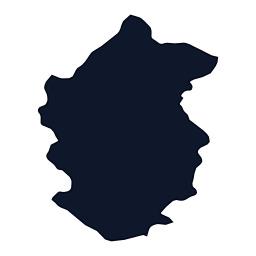 Rapti, Albers equal-area conic projection
{"feature_id": "NPL-373", "entity_name": "Rapti", "entity_type": "Administrative Zone", "adm_level": 1, "iso_a3": "NPL", "parent_name": "Nepal", "parent_adm1": "", "projection": "albers", "projection_center": [82.542, 28.326], "detail": "fine", "context": "isolated", "style": "filled", "palette": "ink", "viewbox_px": 256, "rotation_deg": 0, "n_neighbors": 0, "source": "natural_earth", "source_scale": "10m", "svg_char_len": 2301}
<svg xmlns="http://www.w3.org/2000/svg" viewBox="0 0 256 256"><path d="M146.6,235.5L143.3,234.2L124.3,239.1L111.3,240.6L105.5,238.8L97.3,230.4L85.6,224.5L67.6,209.5L61.0,206.8L58.5,205.3L55.7,202.3L52.6,199.7L52.4,199.6L53.2,197.7L57.9,193.2L58.6,192.7L59.4,192.3L60.2,192.3L63.0,192.7L64.3,192.7L67.5,192.1L69.1,191.4L70.0,190.8L70.9,189.9L71.4,189.1L71.8,188.3L71.9,187.4L72.2,183.7L72.2,180.9L71.5,178.8L70.2,176.5L63.4,170.3L62.2,169.5L60.8,169.2L59.6,169.2L58.3,168.8L57.2,167.9L54.8,164.5L53.5,163.3L48.8,159.5L47.6,158.0L47.0,156.2L47.3,154.6L49.3,151.4L51.4,145.3L59.4,141.1L56.1,135.7L54.4,131.9L51.4,128.3L42.3,124.5L41.3,122.9L41.4,116.6L40.8,114.6L40.0,113.1L39.1,112.1L38.6,110.6L38.8,109.3L39.8,107.9L41.2,107.2L45.0,105.7L45.7,105.2L46.6,104.2L47.5,102.4L48.2,100.2L48.0,96.5L47.4,93.9L45.1,88.7L44.9,87.2L45.5,84.6L46.6,82.1L52.0,75.6L58.7,78.3L60.7,78.9L62.9,79.1L69.5,78.9L73.3,76.8L76.4,70.7L77.3,69.3L78.2,68.3L80.9,66.7L82.8,65.1L85.8,61.9L91.3,53.8L93.0,52.1L101.7,46.8L118.0,33.9L119.9,31.5L121.2,28.5L121.8,26.1L123.7,21.6L130.6,15.4L139.2,18.0L141.2,19.2L143.7,21.4L149.6,27.4L150.3,28.8L150.8,31.0L150.8,33.6L150.7,35.9L150.9,37.6L151.9,39.0L158.9,43.9L161.1,44.7L163.7,44.2L165.2,43.7L167.2,43.5L174.9,44.1L184.0,43.4L186.1,43.8L189.2,44.9L211.6,56.1L217.4,57.5L216.7,62.3L215.1,65.8L210.2,72.7L202.3,76.4L194.3,78.6L190.7,80.3L189.0,81.7L189.5,82.9L191.2,85.0L191.7,86.1L191.7,87.6L191.0,89.3L189.8,89.9L188.2,89.8L186.4,90.0L184.0,91.0L181.4,93.5L180.5,95.3L180.6,96.6L182.4,98.1L178.8,103.7L179.7,105.4L181.2,106.7L183.0,110.8L184.2,112.4L186.2,114.2L187.3,115.5L188.9,120.2L202.9,131.0L206.3,134.2L208.2,136.9L209.0,141.5L207.1,143.8L200.3,147.1L198.4,148.9L197.3,150.6L197.1,152.2L197.7,153.9L200.6,157.7L201.3,159.3L201.5,161.4L200.7,162.8L199.6,164.1L195.6,167.6L193.7,173.5L193.0,178.1L191.6,183.5L192.0,186.2L193.0,187.9L194.4,188.8L195.4,189.9L195.9,190.9L196.3,192.7L195.6,193.8L194.8,194.5L189.8,196.3L185.4,199.0L183.6,199.7L181.7,200.0L179.8,199.9L176.2,199.2L172.6,200.3L165.8,206.2L160.7,211.9L160.3,212.6L160.0,213.6L161.8,215.0L168.8,218.2L172.3,221.9L165.7,224.1L158.2,223.3L155.9,223.6L153.0,224.6L151.5,225.4L150.4,226.2L149.6,227.1L148.9,228.2L148.1,230.1L147.0,234.0L146.6,235.5L146.6,235.5Z" fill="#0f172a" stroke="#020617" stroke-width="1.5"/></svg>